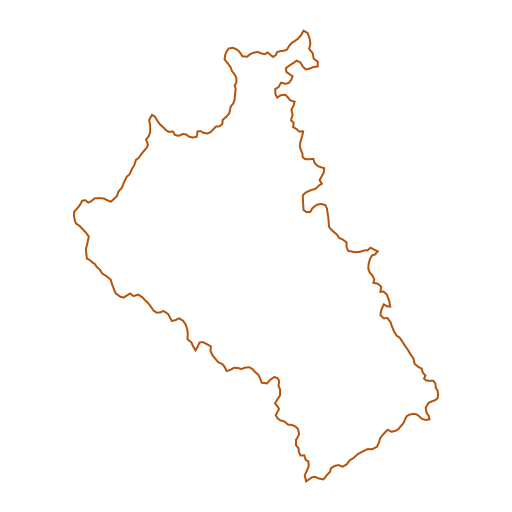 outline of Divinópolis, Minas Gerais, Brazil
{"feature_id": "56859067B25101744312277", "entity_name": "Divinópolis", "entity_type": "district", "adm_level": 2, "iso_a3": "BRA", "parent_name": "Brazil", "parent_adm1": "Minas Gerais", "projection": "natural_earth1", "projection_center": [-44.923, -20.113], "detail": "fine", "context": "isolated", "style": "outline", "palette": "amber", "viewbox_px": 512, "rotation_deg": 0, "n_neighbors": 0, "source": "geoboundaries", "source_scale": "gbopen_adm2", "svg_char_len": 4807}
<svg xmlns="http://www.w3.org/2000/svg" viewBox="0 0 512 512"><path d="M331.0,229.4L329.0,226.8L328.7,222.1L328.3,217.5L327.6,213.3L327.0,208.8L325.4,205.1L320.7,203.9L317.5,204.6L314.8,206.2L312.3,208.3L310.3,211.9L306.6,212.2L303.5,209.9L303.2,204.4L302.9,199.7L302.8,195.3L305.7,192.5L310.6,190.3L315.8,188.6L318.9,185.6L321.8,183.7L319.6,180.2L321.6,176.4L323.7,172.7L324.2,168.2L321.2,167.3L318.0,166.2L314.7,163.1L313.4,158.9L309.0,159.3L305.1,159.1L302.7,157.3L302.3,153.1L300.7,149.6L299.8,145.8L300.5,141.8L301.4,138.6L302.4,135.1L303.1,131.3L299.3,131.6L296.6,129.1L293.1,127.0L293.7,122.8L291.0,120.2L292.6,114.8L291.4,109.5L293.6,105.6L294.6,101.7L290.1,100.2L288.1,97.6L285.4,94.7L280.5,95.3L277.3,97.6L275.4,94.2L275.2,89.1L278.5,87.1L281.1,82.7L285.4,83.8L288.8,82.9L291.4,79.6L292.5,76.2L289.4,74.0L286.4,72.0L285.9,68.1L289.7,65.3L293.9,62.7L296.6,60.7L300.5,62.5L302.8,66.7L305.9,69.5L309.7,68.6L313.3,67.1L317.7,66.5L317.8,61.8L313.7,58.7L312.6,53.1L309.1,48.9L310.4,44.0L309.7,38.9L307.5,32.9L303.5,30.7L301.1,35.1L297.8,38.9L293.9,41.6L291.4,43.1L289.1,46.0L286.8,49.8L283.9,50.7L280.7,51.1L277.1,52.0L275.7,55.2L273.0,56.9L270.1,54.5L267.6,52.5L264.8,54.2L261.2,53.4L257.9,52.0L253.5,52.7L250.0,54.2L247.2,56.7L242.4,56.3L239.5,51.8L236.2,49.2L232.9,47.8L228.7,48.5L226.5,51.6L225.1,55.2L224.6,59.6L227.2,62.5L230.6,67.3L232.0,71.1L234.3,74.0L236.3,77.6L236.5,82.0L234.7,85.8L235.7,89.0L235.1,93.8L234.6,99.5L233.4,103.3L230.8,106.3L229.2,113.4L226.3,116.8L222.8,119.7L222.2,124.3L219.2,126.4L216.0,126.5L213.5,129.1L210.8,132.0L207.4,133.5L203.3,132.8L200.7,131.1L197.6,131.4L196.6,136.9L192.5,137.5L188.7,136.5L186.3,134.5L182.9,134.0L178.9,135.8L174.9,135.0L173.0,131.5L169.0,131.9L166.0,130.2L163.4,127.5L159.8,124.2L157.1,120.5L155.0,116.8L152.0,114.9L149.2,119.9L150.2,126.0L150.1,132.6L148.5,136.6L146.1,139.4L148.0,145.1L146.3,148.2L144.0,150.9L141.5,153.8L138.8,157.7L135.9,160.0L134.5,164.7L131.6,169.7L129.6,174.2L126.6,176.9L124.2,181.9L121.8,187.8L118.5,191.5L117.0,196.0L113.8,199.0L110.9,201.7L107.7,200.4L103.7,198.5L99.1,198.1L94.5,198.4L91.2,201.2L88.2,202.6L85.3,200.2L82.1,200.8L80.5,204.0L78.7,206.6L76.6,209.1L74.3,211.5L73.9,215.1L74.8,220.4L76.0,223.5L79.4,225.8L82.8,229.3L85.7,232.4L88.8,236.6L88.1,239.9L87.1,244.5L85.9,249.0L86.3,253.5L86.9,258.6L89.9,260.1L92.3,262.3L94.8,264.0L96.8,267.0L99.8,269.7L102.4,273.7L106.3,276.1L110.6,279.5L112.1,284.4L113.8,288.8L115.8,293.5L120.1,296.6L123.6,297.6L126.5,295.7L130.1,293.5L133.5,296.1L138.1,294.6L142.2,297.1L145.1,300.3L147.9,302.8L150.7,306.4L153.6,310.7L156.8,312.7L160.3,312.4L163.3,311.0L165.8,312.4L168.3,314.3L169.9,317.5L171.8,321.0L175.2,320.2L179.2,318.3L183.1,320.8L185.8,324.8L187.3,329.7L187.8,334.1L187.5,339.2L191.4,342.4L193.1,346.3L195.5,350.3L197.8,346.3L199.6,342.5L202.9,342.1L205.4,343.4L208.1,344.8L210.9,346.5L210.5,351.0L212.4,355.2L214.8,358.1L218.1,362.1L222.4,364.1L224.5,366.7L226.6,371.0L230.2,369.9L234.3,367.7L238.3,368.1L241.5,369.0L244.9,367.7L249.2,367.2L252.7,369.2L255.0,371.9L258.1,374.5L260.0,378.1L261.7,382.7L266.9,383.4L270.6,379.4L274.5,377.0L277.7,378.3L279.2,381.3L278.5,385.9L280.1,389.6L280.0,395.4L277.4,399.4L275.0,403.4L277.1,405.8L279.0,408.8L277.6,411.8L275.7,415.2L277.4,418.1L280.2,420.3L284.2,421.4L288.2,424.7L291.8,424.9L295.2,426.3L298.0,429.0L299.1,434.1L297.7,437.1L296.0,440.0L296.0,445.4L298.6,448.3L298.9,451.9L300.5,455.5L304.2,455.3L305.7,459.9L308.4,461.3L308.7,466.3L306.7,471.1L304.7,475.4L306.1,481.3L309.0,479.3L311.5,477.6L314.4,476.7L319.6,478.7L323.5,479.4L327.0,474.9L329.9,472.0L331.1,468.0L335.0,465.8L338.7,465.1L342.4,466.7L346.6,464.5L349.5,460.5L353.5,458.0L357.6,454.3L360.9,452.4L363.5,451.1L367.7,449.1L372.4,449.2L377.0,446.7L379.0,442.4L380.1,438.5L382.3,435.3L385.1,432.3L387.6,429.8L391.6,431.8L396.4,430.5L398.8,428.7L400.8,426.1L403.3,423.4L404.9,419.8L406.8,416.1L409.8,414.5L414.0,413.8L416.8,414.5L419.4,416.5L421.7,418.7L425.7,420.0L429.5,419.3L428.6,415.8L426.6,412.7L425.7,407.9L428.4,403.0L432.1,401.2L435.1,400.3L437.6,398.3L438.1,394.7L437.6,390.7L435.8,387.9L435.4,383.7L433.4,380.8L429.7,380.8L426.3,380.5L424.0,378.5L425.5,375.6L422.9,372.8L421.6,368.5L418.3,366.9L414.6,363.8L413.4,358.4L411.1,355.2L407.9,349.9L404.8,345.5L402.2,341.4L399.6,337.6L396.6,335.7L394.2,331.7L391.9,326.3L390.6,322.3L387.5,318.1L383.6,318.3L380.4,315.1L381.3,309.9L383.8,304.4L387.2,306.4L390.2,306.6L389.2,301.0L386.9,294.6L383.4,291.5L380.4,291.9L381.2,286.9L377.9,283.7L373.4,282.8L374.3,279.5L372.3,275.3L369.7,272.5L368.3,268.8L368.6,264.1L370.0,258.9L372.0,255.4L374.9,254.6L377.7,251.3L375.0,250.1L370.6,247.7L367.5,250.4L364.5,250.4L359.9,251.9L355.6,252.2L352.0,251.6L348.1,250.8L346.5,247.0L346.6,242.4L342.4,239.3L339.2,238.0L337.0,234.6L334.3,232.4L331.0,229.4Z" fill="none" stroke="#b45309" stroke-width="2"/></svg>